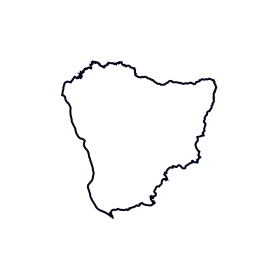 Uruguaiana, Rio Grande do Sul, Brazil, rotated 301°
{"feature_id": "56859067B5224515262933", "entity_name": "Uruguaiana", "entity_type": "district", "adm_level": 2, "iso_a3": "BRA", "parent_name": "Brazil", "parent_adm1": "Rio Grande do Sul", "projection": "equal_earth", "projection_center": [-56.694, -29.802], "detail": "fine", "context": "isolated", "style": "outline", "palette": "ink", "viewbox_px": 256, "rotation_deg": 301, "n_neighbors": 0, "source": "geoboundaries", "source_scale": "gbopen_adm2", "svg_char_len": 5891}
<svg xmlns="http://www.w3.org/2000/svg" viewBox="0 0 256 256"><g transform="rotate(301 128 128)"><path d="M166.9,66.6L166.9,65.9L167.2,65.2L167.0,64.2L166.7,64.5L166.3,63.9L165.3,64.3L165.3,63.5L164.4,64.2L163.8,64.3L163.2,64.0L162.9,63.4L162.6,64.0L162.0,64.0L161.1,64.3L160.8,65.6L160.1,65.7L160.1,65.1L159.7,64.4L159.4,63.0L158.9,62.8L158.2,62.3L157.4,61.2L156.8,61.0L156.8,61.7L156.4,61.4L156.2,60.4L154.9,60.5L154.0,60.2L153.7,60.9L153.2,61.1L152.5,60.2L152.2,60.6L151.8,60.6L151.7,58.6L150.3,59.3L149.8,60.1L149.5,59.3L149.3,60.2L148.9,59.8L148.6,60.3L148.5,60.9L148.6,61.5L148.2,61.9L147.0,61.7L146.9,60.9L146.4,61.4L146.1,60.1L146.4,59.6L147.1,60.0L147.2,59.4L146.5,58.9L146.1,58.9L145.4,59.6L145.0,59.5L144.6,59.1L144.3,58.6L144.3,58.0L144.6,56.8L144.4,55.9L142.7,55.7L140.4,55.8L139.7,55.4L137.9,55.6L137.5,55.2L137.0,53.2L136.3,51.9L135.7,51.3L134.5,50.8L133.3,50.7L129.4,51.8L127.6,52.8L126.3,53.0L123.6,54.2L122.3,54.5L122.3,55.3L122.6,56.3L122.3,57.9L119.8,60.2L118.8,62.2L118.6,63.5L118.2,64.8L117.3,66.3L116.2,68.0L114.8,68.9L113.0,69.8L110.4,71.5L108.8,72.8L106.6,75.1L104.6,76.5L101.9,80.5L100.7,82.7L97.6,85.5L96.4,87.2L95.1,89.6L94.6,91.2L94.5,92.6L94.9,93.5L95.2,95.0L95.1,96.6L94.7,97.6L91.9,98.2L90.4,99.2L88.8,101.6L88.2,103.6L87.5,105.3L85.7,107.6L84.0,108.8L83.0,109.9L82.2,111.1L80.5,112.7L78.6,115.1L76.1,117.8L71.4,122.0L68.6,122.9L65.7,124.0L64.5,124.1L58.6,123.2L56.6,124.0L51.9,129.5L49.9,131.0L47.6,134.4L45.2,139.2L43.7,141.7L43.0,144.5L43.2,147.4L43.8,151.1L43.9,154.5L43.5,160.7L44.5,159.8L45.2,158.2L45.6,157.8L45.9,156.6L46.3,157.0L46.8,157.1L47.4,156.7L48.7,156.6L50.2,157.3L50.9,158.4L51.3,159.4L51.7,160.0L53.4,160.8L53.6,162.2L54.2,164.1L55.1,165.6L55.7,167.1L57.7,168.9L57.4,169.8L59.0,171.0L59.7,170.5L64.0,174.3L66.1,175.2L66.2,175.9L66.5,176.7L67.3,177.7L68.2,177.6L68.6,177.1L71.0,178.6L70.9,179.1L70.6,180.3L71.3,183.1L73.1,187.1L74.1,188.0L75.1,188.5L75.4,188.3L76.2,188.2L76.8,188.3L76.9,189.4L77.3,189.5L77.7,189.3L78.3,188.2L78.3,187.6L77.5,187.9L77.4,187.2L77.9,186.7L78.0,185.8L78.6,184.6L79.3,183.7L79.7,183.6L80.8,182.6L81.4,182.7L81.7,183.3L81.0,183.6L80.7,185.1L80.9,185.6L82.3,185.1L84.1,186.4L84.7,186.4L86.0,185.8L86.3,185.3L86.3,184.7L86.4,184.0L87.0,183.2L87.8,183.0L89.7,183.0L91.7,182.7L92.6,182.9L93.2,183.3L94.0,184.9L94.7,184.8L95.2,184.9L97.1,185.5L98.6,185.1L99.7,184.4L100.5,184.2L102.6,184.7L103.3,185.8L102.8,187.2L103.3,187.3L103.8,186.8L104.3,187.0L104.3,187.8L105.2,186.9L106.2,185.4L106.5,184.2L106.6,183.5L106.9,183.0L107.9,183.1L108.6,182.8L108.9,184.0L109.3,184.2L110.1,183.5L111.1,183.3L112.1,183.2L113.3,183.5L114.6,183.9L115.9,184.5L116.2,185.0L116.7,186.3L117.1,186.8L117.6,186.6L117.9,186.1L118.4,186.1L118.7,186.5L119.0,187.3L119.2,189.2L119.5,189.7L122.2,190.5L122.5,191.3L122.6,191.9L122.1,194.1L121.8,194.6L121.7,195.2L121.9,196.4L122.7,197.5L123.1,197.7L125.2,197.0L127.1,198.2L127.8,198.4L128.6,198.9L129.5,199.1L130.8,200.5L131.4,200.6L131.9,200.1L132.4,199.9L133.0,200.0L133.1,200.7L132.7,202.2L133.8,204.3L134.1,205.3L134.9,205.1L135.8,203.9L136.3,203.6L136.7,203.8L136.7,204.5L137.3,204.6L139.1,204.1L140.0,205.0L140.4,204.2L140.9,202.3L141.2,202.1L142.0,202.1L144.6,201.3L144.7,200.7L144.6,199.8L145.2,198.6L146.0,197.3L146.2,196.6L148.2,194.6L149.0,194.2L149.5,194.3L150.0,194.0L150.5,193.9L152.7,194.3L153.7,194.1L156.0,192.0L157.6,193.9L158.3,194.5L159.0,194.7L160.0,196.3L160.6,196.7L161.2,196.2L161.9,194.7L162.5,194.5L164.2,195.0L165.3,195.0L165.8,194.2L166.5,193.7L169.9,192.9L170.5,192.5L171.3,192.5L171.8,191.6L172.1,190.2L172.6,190.0L173.2,189.4L174.5,189.5L175.1,189.4L176.1,188.5L177.1,188.5L177.8,188.3L178.5,188.3L180.0,188.8L180.7,188.5L181.3,188.3L182.1,187.9L183.0,187.9L183.7,188.3L184.5,189.1L185.3,189.3L185.8,189.0L186.4,189.0L186.9,189.2L188.6,189.2L190.1,188.2L190.8,188.5L191.6,188.6L192.6,187.8L194.4,188.1L195.9,187.4L196.5,186.8L197.3,186.6L197.7,185.9L198.6,185.9L199.1,185.1L200.1,184.8L201.3,183.8L202.3,183.7L203.0,183.9L203.5,183.4L203.9,183.7L204.3,183.4L205.8,183.1L206.5,183.3L207.0,182.8L208.4,182.7L209.2,181.5L209.9,181.0L210.0,180.4L210.9,179.3L211.3,178.4L212.1,178.4L213.0,176.7L212.6,176.5L212.5,174.0L212.2,173.0L212.2,172.4L211.7,171.8L210.6,171.2L210.2,170.0L209.4,169.1L208.9,168.8L208.3,167.4L208.1,166.4L206.8,165.7L206.1,165.6L205.8,164.8L205.3,165.0L204.4,164.8L203.5,163.8L202.9,163.5L202.6,162.9L200.9,162.9L200.0,162.6L199.5,161.8L199.5,160.7L199.3,159.9L199.4,159.0L199.0,158.7L199.0,158.1L197.4,156.7L196.9,156.5L196.5,155.8L196.5,155.1L195.2,153.4L194.6,153.1L194.2,152.5L194.2,152.0L193.9,151.4L193.7,149.8L193.5,149.1L192.7,148.3L192.7,147.1L192.5,146.5L191.8,145.4L191.5,144.8L190.5,143.3L190.4,142.6L190.7,141.2L190.6,140.7L189.9,139.8L189.1,139.1L187.4,138.7L185.8,137.6L184.1,137.0L183.1,135.8L182.3,134.3L182.0,133.5L182.2,132.5L181.7,131.6L181.1,130.2L181.1,129.6L181.4,127.2L181.4,126.1L181.9,124.5L181.4,123.6L181.4,122.4L181.6,121.8L181.3,121.2L180.9,119.3L181.1,116.8L180.1,115.6L179.6,115.2L179.3,114.0L177.8,112.8L177.0,110.3L176.9,109.5L177.1,108.6L177.0,107.2L177.4,106.8L177.9,106.6L178.4,106.7L178.4,106.0L178.8,105.6L179.8,105.3L180.5,104.4L181.5,104.0L181.7,102.8L182.4,102.8L182.1,101.1L181.4,99.9L181.4,99.1L181.9,97.1L181.8,96.4L180.7,94.9L179.8,94.7L179.6,94.2L180.2,93.3L180.3,92.4L179.8,92.3L179.4,92.0L179.5,90.8L180.5,88.1L180.2,87.1L179.8,87.4L179.5,88.0L179.6,86.9L179.2,86.4L178.5,86.6L178.1,85.3L177.0,84.5L176.6,84.8L176.5,84.1L176.0,83.7L175.7,83.2L176.1,82.4L175.4,81.3L175.1,80.5L173.9,78.5L173.8,77.6L172.7,77.7L172.1,78.0L171.7,77.3L171.3,77.6L170.3,77.3L169.6,76.1L168.9,75.9L168.4,75.6L168.4,76.2L167.8,76.5L167.4,75.9L167.7,74.4L167.7,73.7L167.3,73.5L167.2,72.6L167.8,71.5L167.3,71.1L167.7,70.5L168.2,70.6L168.5,70.2L168.1,68.8L168.5,68.6L168.5,68.0L168.1,67.5L168.0,66.7L167.6,66.9L166.9,66.6ZM180.5,88.1L180.8,88.8L181.1,88.6L180.5,88.1Z" fill="none" stroke="#020617" stroke-width="2"/></g></svg>